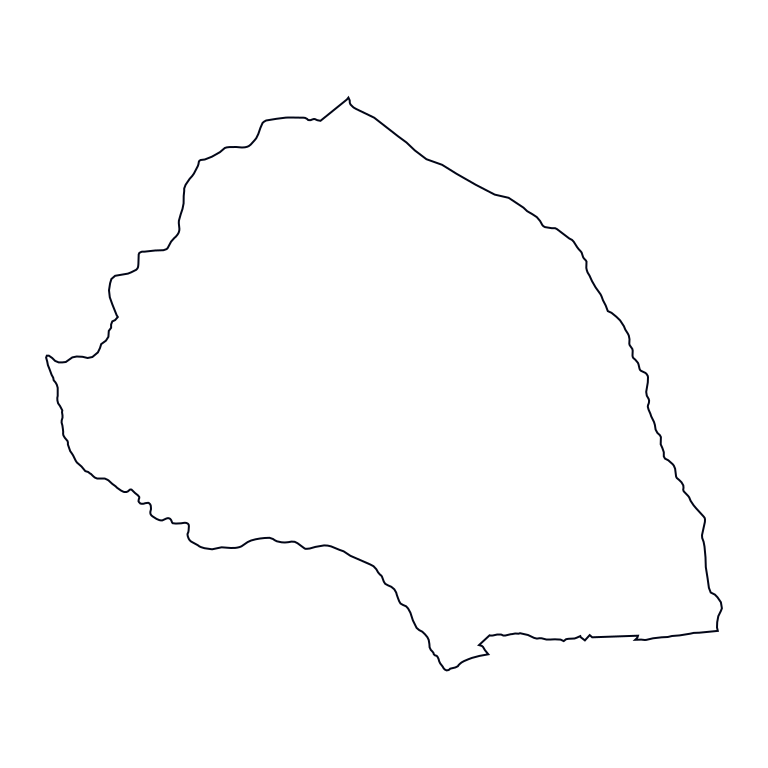 El Dorado, Meta, Colombia
{"feature_id": "7082276B12851519392176", "entity_name": "El Dorado", "entity_type": "district", "adm_level": 2, "iso_a3": "COL", "parent_name": "Colombia", "parent_adm1": "Meta", "projection": "orthographic", "projection_center": [-73.836, 3.709], "detail": "fine", "context": "isolated", "style": "outline", "palette": "ink", "viewbox_px": 768, "rotation_deg": 0, "n_neighbors": 0, "source": "geoboundaries", "source_scale": "gbopen_adm2", "svg_char_len": 6068}
<svg xmlns="http://www.w3.org/2000/svg" viewBox="0 0 768 768"><path d="M115.1,275.8L111.4,279.0L110.1,283.3L109.0,290.3L109.8,297.3L112.3,304.3L116.7,315.3L117.8,317.0L115.1,320.1L112.3,321.4L111.1,324.5L111.1,327.8L108.8,330.9L108.4,336.8L105.9,340.7L101.2,344.1L100.0,348.0L97.9,352.4L92.4,357.0L87.6,358.0L82.6,356.8L76.7,356.5L72.3,357.4L65.8,362.0L62.3,362.4L58.7,362.4L55.1,360.9L52.2,358.0L48.9,355.7L46.8,355.7L46.1,357.6L47.2,361.5L47.9,365.1L49.5,369.1L51.6,374.8L53.2,377.7L53.7,380.3L55.5,382.4L56.8,384.7L57.7,387.8L57.7,395.9L57.3,397.9L57.4,400.4L58.1,403.3L60.0,406.0L62.3,410.4L62.0,412.2L62.5,415.4L62.5,417.7L61.7,420.4L61.6,422.6L62.4,425.5L62.9,429.0L63.2,431.9L63.1,433.5L63.3,435.1L63.9,436.3L64.9,437.9L67.5,441.0L67.9,442.4L67.9,444.5L70.2,451.1L71.9,453.5L73.1,455.4L75.7,460.7L76.9,462.5L81.5,466.5L85.3,471.1L88.2,472.0L89.9,473.4L91.0,474.0L93.2,476.2L94.9,477.6L97.1,478.5L104.1,478.5L104.9,478.6L107.3,479.7L108.5,480.4L112.3,483.9L115.6,486.3L117.1,487.8L121.1,490.6L123.3,491.7L124.2,492.0L126.4,492.0L127.9,491.4L129.8,489.7L130.4,489.5L131.5,489.6L135.0,493.0L137.9,495.3L139.2,496.9L139.3,497.9L138.8,499.2L138.5,501.2L138.9,502.0L140.3,503.5L141.9,503.8L143.7,503.7L145.2,503.2L148.2,502.8L148.8,503.0L150.1,504.2L150.7,505.4L150.9,507.1L151.0,509.1L150.3,512.0L150.4,513.5L150.7,514.4L151.5,515.5L152.6,516.4L156.5,518.9L159.3,520.1L160.9,520.4L162.3,520.4L166.2,518.6L167.5,518.2L168.7,518.2L170.1,518.8L170.7,519.5L171.2,520.2L172.1,522.5L172.7,523.2L175.2,523.5L177.3,523.5L181.1,523.3L184.3,522.8L185.3,522.8L186.5,523.0L187.7,523.6L188.2,524.0L188.7,524.8L188.9,526.2L188.6,530.5L188.3,532.2L187.6,533.7L187.5,534.6L187.8,536.3L188.7,538.7L189.6,540.1L190.9,541.4L192.3,542.2L197.8,545.2L199.4,546.4L201.2,547.2L204.5,548.2L212.1,549.3L221.6,547.3L230.9,548.0L235.3,547.9L237.3,547.6L239.5,547.1L241.5,546.3L247.6,542.1L251.1,540.5L255.6,539.3L260.1,538.5L264.7,538.0L269.5,537.8L273.0,539.0L274.7,540.2L276.9,541.3L281.6,542.3L284.7,542.5L288.2,542.2L291.5,541.6L294.7,541.8L297.5,543.2L304.4,548.3L305.3,548.8L306.9,548.8L309.8,548.5L315.4,546.9L324.1,545.4L327.7,545.6L331.1,546.4L339.6,549.9L343.6,551.3L350.4,555.8L370.3,564.5L373.5,566.2L376.3,569.2L378.1,572.4L380.0,574.6L381.3,575.6L382.0,576.7L383.8,581.6L385.2,583.8L388.1,585.4L391.3,586.8L394.3,589.3L396.2,592.6L396.8,594.8L398.0,598.2L399.2,601.3L400.5,603.5L402.9,604.9L406.1,606.3L408.1,608.5L410.4,612.7L412.9,620.4L416.6,627.9L419.2,630.1L422.3,631.7L425.0,634.3L427.4,637.2L428.7,639.9L429.4,644.1L429.6,647.3L430.8,649.9L432.4,651.5L433.5,653.0L433.8,654.3L435.1,655.4L436.6,655.8L437.5,656.8L438.5,658.8L439.2,661.3L440.2,663.4L442.6,666.5L443.7,668.4L444.9,669.6L446.6,670.4L448.3,670.1L449.3,669.6L450.1,668.7L455.2,667.5L456.3,667.0L457.9,666.2L458.5,665.2L459.8,663.9L461.5,662.5L464.0,661.1L468.5,659.2L472.0,657.9L479.5,655.9L488.3,654.3L484.9,650.1L483.0,646.9L481.8,645.9L479.0,645.1L489.6,635.3L490.7,635.6L492.8,635.5L497.3,634.5L500.0,634.5L501.3,634.6L503.2,635.5L505.4,635.5L510.8,634.2L512.1,634.1L515.2,633.5L518.7,633.7L520.0,633.2L528.0,635.0L534.1,637.9L536.9,638.6L539.7,638.2L541.7,638.3L546.3,639.5L551.1,639.5L554.7,639.3L560.6,639.6L563.7,641.1L566.1,639.2L568.4,638.8L574.5,638.5L576.5,637.8L580.3,636.1L580.7,637.2L584.9,640.4L589.7,635.1L592.2,637.3L638.0,635.7L637.6,637.0L636.8,638.3L635.2,639.8L641.2,639.6L644.8,640.0L646.2,639.9L653.0,638.3L661.7,637.3L667.8,637.0L672.0,636.0L679.6,635.4L690.1,633.7L693.7,632.9L699.3,632.7L717.8,630.9L717.0,627.5L717.2,622.2L718.3,616.2L720.9,610.9L721.9,608.3L720.9,602.3L717.5,597.3L714.9,594.6L710.7,592.5L708.9,587.8L707.6,578.4L705.8,567.1L705.5,557.4L704.5,546.6L703.6,541.8L702.2,538.0L702.0,535.2L704.9,521.9L705.0,519.4L704.7,518.0L703.7,516.6L696.2,508.4L693.6,505.3L690.6,500.8L689.2,497.4L688.2,496.0L683.7,491.3L683.2,489.7L683.5,487.8L683.3,485.4L681.5,482.3L679.2,480.0L676.8,478.0L676.1,476.6L675.1,468.7L673.8,465.6L672.7,464.2L668.3,460.3L665.0,458.6L663.8,456.4L663.8,452.2L662.4,448.1L660.7,444.3L660.9,437.1L659.9,435.2L657.4,432.9L655.6,429.6L654.9,425.0L654.0,422.0L651.2,416.3L650.4,413.8L648.6,409.7L647.8,406.8L648.0,405.2L648.7,403.5L649.0,402.2L649.1,400.5L648.6,398.8L646.8,395.7L646.2,391.9L647.8,382.4L648.0,377.2L647.7,375.8L646.5,373.9L645.4,372.9L641.0,370.8L640.2,370.1L639.6,369.0L638.5,364.3L637.9,362.8L635.3,359.7L633.3,358.0L632.7,356.8L632.5,355.5L632.7,350.6L632.3,348.9L629.7,345.2L629.3,343.8L629.5,339.2L628.8,335.6L627.9,333.7L625.3,329.6L623.9,326.2L620.1,320.4L616.3,316.7L611.5,312.8L607.8,311.1L605.7,305.5L603.0,300.3L601.6,296.5L600.6,294.4L595.6,287.4L592.0,281.1L589.5,275.6L587.6,272.5L586.8,270.2L586.3,267.9L586.5,261.6L585.9,260.5L583.8,258.3L583.1,257.1L581.6,252.5L580.5,251.1L578.7,249.2L577.1,247.1L573.7,241.7L572.0,239.9L569.3,238.5L556.8,229.0L555.1,228.2L551.8,228.2L545.0,227.1L543.4,226.2L542.3,225.0L540.1,221.0L536.8,217.1L532.4,214.2L527.2,211.2L523.4,207.6L508.6,197.8L494.7,194.6L475.8,184.8L456.4,173.7L442.1,164.8L426.4,159.2L414.8,150.4L406.5,142.5L398.2,136.4L374.2,117.7L356.4,109.1L353.9,107.7L352.9,106.9L350.5,104.5L349.8,102.8L349.7,100.4L348.4,97.6L346.9,99.5L320.5,120.8L317.3,120.2L314.9,119.1L313.9,119.0L312.2,119.5L310.8,120.1L308.8,120.1L308.0,119.9L307.2,119.0L305.1,117.9L303.5,117.7L289.9,117.5L286.0,117.6L276.5,118.8L266.1,120.5L264.0,121.7L262.6,122.9L260.4,127.9L258.3,134.0L256.2,138.3L254.4,140.5L250.7,144.6L248.9,146.0L247.4,146.7L245.0,147.3L241.9,147.5L236.2,147.0L229.3,147.1L226.7,147.4L224.8,148.0L220.0,152.1L211.9,156.7L204.8,159.5L200.7,160.0L199.5,160.7L198.9,161.6L198.4,164.4L197.8,166.1L193.9,173.6L192.2,176.0L189.6,178.9L185.6,184.8L184.2,188.5L184.2,191.0L183.7,196.0L183.6,203.4L182.5,208.9L180.7,214.3L178.9,220.7L178.8,223.1L179.4,228.8L179.3,230.4L178.7,232.6L177.6,234.5L175.8,236.7L174.4,237.9L171.1,241.6L167.7,248.0L166.6,249.1L163.5,250.2L155.1,250.5L144.2,251.7L141.9,251.7L140.6,252.2L139.3,253.0L138.7,254.4L138.4,264.0L138.2,266.1L137.9,267.5L137.3,268.6L136.2,269.8L131.2,272.3L128.0,273.6L115.1,275.8Z" fill="none" stroke="#020617" stroke-width="2"/></svg>